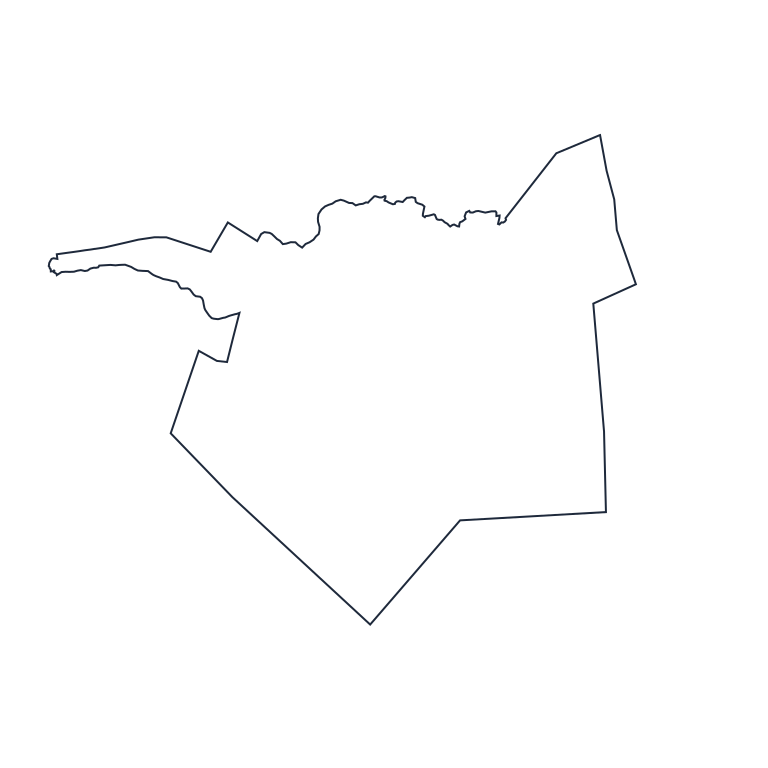 San Jerónimo Taviche, Oaxaca, Mexico (orthographic projection), rotated 342°
{"feature_id": "50627088B38398266260275", "entity_name": "San Jerónimo Taviche", "entity_type": "district", "adm_level": 2, "iso_a3": "MEX", "parent_name": "Mexico", "parent_adm1": "Oaxaca", "projection": "orthographic", "projection_center": [-96.586, 16.703], "detail": "fine", "context": "isolated", "style": "outline", "palette": "slate", "viewbox_px": 768, "rotation_deg": 342, "n_neighbors": 0, "source": "geoboundaries", "source_scale": "gbopen_adm2", "svg_char_len": 2962}
<svg xmlns="http://www.w3.org/2000/svg" viewBox="0 0 768 768"><g transform="rotate(342 384 384)"><path d="M112.9,159.5L112.0,164.1L108.6,162.3L106.5,162.3L104.1,164.4L103.0,165.5L102.1,167.4L101.6,168.2L102.0,169.4L101.9,170.9L102.5,171.9L101.9,174.0L104.4,174.5L105.2,174.1L105.5,174.7L104.6,175.7L106.7,178.1L106.5,179.3L108.5,178.8L112.0,177.9L116.0,178.9L119.6,180.2L123.8,181.4L127.5,181.5L130.9,182.0L134.4,184.1L137.1,184.5L140.4,183.5L143.8,183.7L146.1,184.5L148.3,184.7L149.8,183.4L160.6,186.2L165.4,188.2L168.7,188.9L172.1,189.8L174.7,190.6L179.7,194.5L182.2,197.4L185.0,200.0L189.1,201.7L194.5,203.7L197.2,207.6L198.4,209.1L200.6,211.1L203.6,213.4L206.4,215.9L210.9,218.3L214.8,220.8L217.9,222.4L219.1,224.3L219.8,228.8L220.7,230.6L222.9,231.3L226.8,232.4L228.5,234.0L229.3,236.1L230.6,240.1L232.1,242.3L236.1,244.2L237.4,246.1L237.7,248.7L237.1,252.8L236.7,256.4L236.9,258.4L237.8,261.5L238.9,265.0L240.5,268.1L242.3,269.3L245.6,270.8L246.5,271.1L247.4,271.2L249.7,271.3L251.7,271.4L253.4,271.7L255.0,271.6L257.3,271.4L259.2,271.4L261.7,271.5L263.9,271.6L265.4,271.8L267.1,271.8L268.5,271.7L253.8,294.9L241.5,314.6L232.2,310.4L218.1,295.2L165.9,365.0L204.8,444.7L296.5,608.5L414.2,537.2L480.6,554.7L555.5,574.4L578.7,496.8L578.9,495.8L607.9,372.2L654.4,367.0L654.3,361.7L653.0,309.6L660.0,279.6L661.6,250.0L666.4,214.0L666.0,214.0L619.2,217.8L550.8,263.9L550.8,265.6L549.2,266.8L547.3,267.3L545.7,266.6L543.0,267.9L541.9,267.0L545.1,261.7L546.0,259.5L542.8,259.0L543.9,255.6L543.4,254.2L539.5,253.0L533.3,252.3L527.2,248.6L524.7,248.1L521.5,248.4L519.0,247.5L518.6,245.7L515.1,246.2L512.5,249.4L512.5,252.2L508.7,253.5L506.4,253.6L505.3,254.8L504.1,257.4L502.6,256.7L500.0,254.0L498.3,253.9L495.6,254.7L494.5,252.8L493.9,251.3L492.9,250.2L491.6,248.8L490.7,247.0L489.4,245.5L487.3,245.0L485.8,244.2L485.1,243.4L484.7,238.9L483.8,238.0L478.6,237.8L475.5,237.2L474.4,238.0L472.9,236.0L473.6,234.2L477.3,227.7L475.8,225.3L471.8,222.4L470.5,220.6L471.1,216.8L468.2,214.9L465.9,214.6L463.3,214.0L460.2,215.5L458.0,216.7L454.2,214.6L452.4,214.3L450.7,215.0L450.0,216.1L448.0,215.8L444.4,212.7L443.1,211.0L441.2,209.8L441.3,209.0L442.8,207.5L443.4,206.0L442.8,205.5L440.8,205.8L439.6,205.9L438.5,205.6L437.4,205.2L434.1,202.9L432.8,202.5L426.9,205.4L424.8,206.6L423.0,205.7L419.6,206.1L416.1,205.4L412.3,205.4L409.9,202.2L406.7,201.0L402.5,197.2L399.7,195.4L394.5,195.3L390.6,196.5L386.7,196.5L382.8,196.9L378.5,198.7L374.2,202.1L372.3,206.0L371.4,209.4L371.3,214.6L370.2,217.9L368.2,221.2L364.9,222.6L361.6,224.9L357.0,226.2L352.7,226.6L348.3,229.0L345.4,225.4L343.6,221.9L339.1,220.3L334.6,220.3L331.0,219.7L329.3,215.7L327.0,213.0L325.3,209.7L323.6,206.6L321.9,204.9L317.1,202.6L313.5,203.4L307.6,208.9L285.4,182.1L260.0,204.7L222.4,177.3L211.0,173.5L195.0,170.8L184.2,169.9L160.5,167.8L154.4,166.8L151.4,166.3L150.6,166.1L146.7,165.5L140.9,164.4L135.3,163.5L129.6,162.5L123.0,161.3L112.9,159.5Z" fill="none" stroke="#1e293b" stroke-width="2"/></g></svg>